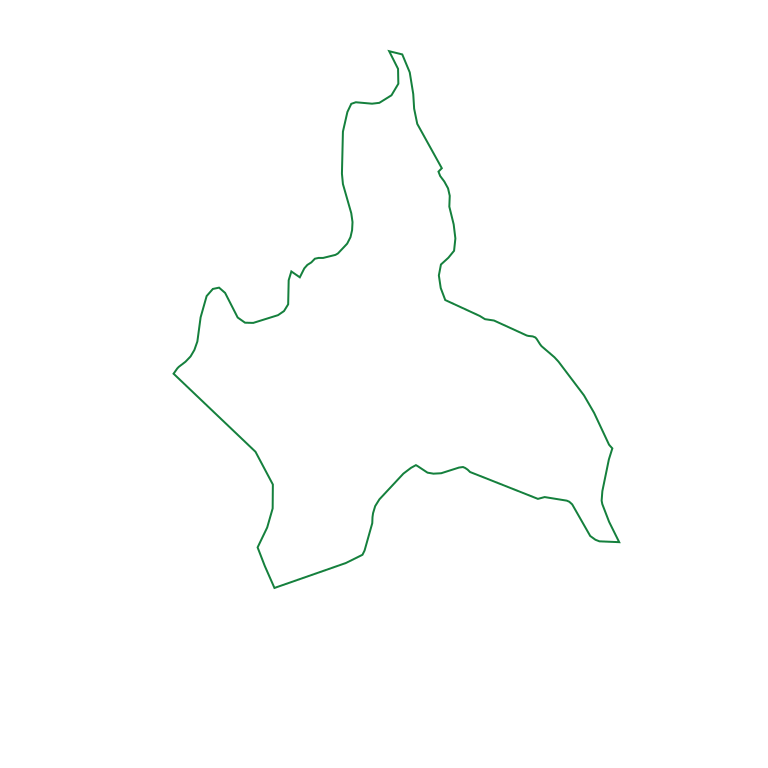 the Prefecture of Guéckédou, rotated 144°
{"feature_id": "GIN-5640", "entity_name": "Guéckédou", "entity_type": "Prefecture", "adm_level": 1, "iso_a3": "GIN", "parent_name": "Guinea", "parent_adm1": "", "projection": "equal_earth", "projection_center": [-10.351, 8.727], "detail": "fine", "context": "isolated", "style": "outline", "palette": "green", "viewbox_px": 768, "rotation_deg": 144, "n_neighbors": 0, "source": "natural_earth", "source_scale": "10m", "svg_char_len": 1666}
<svg xmlns="http://www.w3.org/2000/svg" viewBox="0 0 768 768"><g transform="rotate(144 384 384)"><path d="M237.5,201.2L237.1,197.7L246.4,190.8L270.3,169.0L276.5,161.7L278.0,158.5L282.9,140.2L286.7,117.8L302.2,130.1L304.5,133.7L306.5,139.8L302.5,176.0L303.3,179.8L304.7,182.2L320.5,198.1L327.0,200.6L366.1,262.2L366.7,265.6L367.7,268.4L368.9,270.4L372.4,272.3L390.2,278.2L396.7,282.4L400.9,286.7L405.1,297.9L405.9,299.6L411.4,300.3L421.0,300.1L455.5,293.4L462.9,290.4L468.8,285.9L471.6,283.0L475.3,278.3L497.6,260.7L501.8,258.5L520.1,261.6L592.5,283.4L587.4,306.9L582.3,326.1L562.8,336.6L547.2,348.8L533.0,368.0L527.8,404.7L548.2,516.0L542.1,518.1L539.9,518.5L531.5,518.7L524.3,520.0L517.4,523.0L510.0,528.1L493.2,545.7L475.8,559.4L466.6,561.5L460.8,558.9L459.0,551.1L463.3,523.8L460.4,515.3L453.9,510.3L429.3,502.0L422.0,501.8L414.7,504.8L400.1,524.0L392.8,529.5L389.4,519.8L380.5,524.4L376.0,525.4L371.3,525.1L366.3,526.0L362.7,524.4L359.2,521.8L347.4,517.0L344.5,516.7L331.3,519.2L324.8,522.5L319.4,527.2L314.3,533.5L310.1,541.4L299.7,569.9L294.4,578.9L268.9,612.3L253.7,625.6L245.8,629.9L241.2,628.5L228.9,617.8L222.5,614.2L208.2,613.2L195.9,618.5L187.4,630.7L184.2,650.2L175.5,639.9L180.0,621.0L189.9,601.4L197.8,589.0L204.2,574.9L210.4,524.6L215.1,523.8L216.3,519.2L216.2,512.3L217.2,504.6L220.2,497.6L226.9,489.1L233.8,472.2L240.7,459.8L249.0,450.6L257.7,448.3L267.7,447.2L275.8,439.6L281.7,428.3L285.1,415.9L266.5,382.7L264.2,377.1L257.7,370.7L240.0,339.3L238.8,337.9L235.7,335.1L234.2,332.7L234.0,330.6L234.4,324.5L234.3,321.9L230.4,305.5L229.7,299.6L228.9,257.3L231.0,237.1L237.6,202.7L237.5,201.2Z" fill="none" stroke="#15803d" stroke-width="2"/></g></svg>